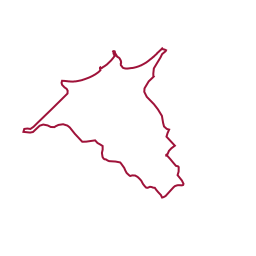 Maldonado, Maldonado, Uruguay, rotated 138°
{"feature_id": "84410073B43409820231729", "entity_name": "Maldonado", "entity_type": "district", "adm_level": 2, "iso_a3": "URY", "parent_name": "Uruguay", "parent_adm1": "Maldonado", "projection": "albers", "projection_center": [-55.013, -34.833], "detail": "fine", "context": "isolated", "style": "outline", "palette": "rose", "viewbox_px": 256, "rotation_deg": 138, "n_neighbors": 0, "source": "geoboundaries", "source_scale": "gbopen_adm2", "svg_char_len": 3990}
<svg xmlns="http://www.w3.org/2000/svg" viewBox="0 0 256 256"><g transform="rotate(138 128 128)"><path d="M49.3,164.3L51.9,164.1L52.4,164.2L53.8,164.1L54.4,164.1L55.1,164.1L55.5,164.1L55.8,164.2L56.1,164.1L56.3,164.0L57.1,163.9L57.4,163.9L57.6,163.9L57.8,163.9L58.0,163.9L60.2,163.9L60.4,163.9L60.6,163.8L60.9,163.8L61.1,163.8L61.4,163.8L61.5,163.9L61.8,163.9L62.0,163.9L62.3,163.9L62.4,164.0L62.7,164.0L63.0,163.9L63.4,163.9L63.6,163.9L64.0,164.0L64.3,164.0L64.6,164.0L64.9,164.0L65.3,164.1L67.8,164.2L70.7,164.5L73.1,165.0L75.2,165.5L76.2,165.8L76.5,165.8L77.0,166.1L77.7,166.3L78.2,166.5L78.6,166.6L81.5,167.9L82.0,168.2L82.6,168.5L83.0,168.7L83.5,169.0L84.5,169.6L85.4,170.3L85.8,170.6L86.9,171.3L87.2,171.6L87.8,171.9L88.2,172.3L88.5,172.4L88.7,172.6L88.9,172.8L89.5,173.3L89.9,173.8L90.1,173.9L90.3,174.2L90.6,174.6L91.4,175.9L91.5,176.8L91.3,177.7L91.3,179.4L90.3,180.7L89.8,180.8L89.5,181.0L89.4,181.3L89.1,181.7L88.8,182.1L88.6,182.2L88.5,182.6L88.4,182.7L88.1,183.3L88.1,184.0L87.7,185.1L87.7,186.3L87.9,186.9L88.2,187.7L88.1,188.0L88.3,188.4L88.0,189.5L87.9,190.0L88.0,190.2L87.8,190.7L87.9,190.8L87.9,191.0L87.7,191.3L87.7,191.5L87.7,191.8L87.6,192.0L87.5,192.3L87.2,192.8L87.3,192.8L87.1,193.0L86.9,193.6L87.0,193.6L87.0,193.9L87.0,194.0L87.0,194.4L87.1,194.5L87.3,194.8L87.6,194.9L87.7,194.7L87.9,194.7L87.9,194.4L88.0,194.3L88.0,194.0L87.9,193.6L88.0,193.5L88.3,193.6L88.5,193.4L88.3,193.3L88.4,193.2L88.5,193.0L88.6,192.7L88.8,192.6L89.0,192.4L89.1,192.2L89.3,191.5L89.5,191.3L89.7,190.9L89.8,190.7L89.9,190.8L90.0,190.7L90.0,190.4L92.7,189.9L95.5,189.5L98.4,189.4L101.2,189.3L104.6,189.7L105.1,189.9L105.7,190.0L106.0,190.0L106.3,190.0L106.9,190.0L107.4,190.2L107.6,190.3L107.8,190.5L108.0,190.7L108.0,190.8L107.9,190.9L107.9,191.2L107.9,191.4L107.9,191.6L108.1,191.6L108.3,191.5L108.5,191.5L108.6,191.4L108.8,191.2L109.0,191.0L109.1,190.8L109.0,190.7L108.9,190.5L109.0,190.3L109.2,190.1L109.4,190.0L109.6,189.8L109.8,189.7L109.9,189.4L110.1,189.4L111.1,189.3L112.3,189.3L112.7,189.3L113.7,189.4L115.3,189.6L116.7,189.8L117.9,190.1L118.9,190.3L119.7,190.5L121.8,191.1L123.6,191.7L125.9,192.6L126.9,193.0L128.1,193.5L129.4,194.1L129.8,194.2L130.2,194.4L130.4,194.5L130.7,194.7L131.1,194.9L131.7,195.2L132.1,195.5L133.0,196.0L134.0,196.6L135.6,197.6L136.1,198.0L136.7,198.5L137.2,198.8L137.7,199.2L138.0,199.4L138.4,199.8L138.7,200.1L139.1,200.5L140.0,201.4L140.2,201.7L140.6,202.0L140.8,202.2L141.0,202.4L141.2,202.7L141.5,203.0L141.7,203.3L142.4,204.0L142.6,204.3L142.9,204.6L143.3,205.0L143.7,205.5L143.8,205.6L144.3,206.1L144.7,206.5L145.1,206.9L145.4,207.2L147.2,206.0L148.1,204.1L148.0,200.7L147.4,198.2L147.9,196.1L149.9,194.1L173.8,193.0L191.0,192.4L197.4,192.1L201.2,192.6L203.1,194.9L205.7,196.7L206.4,196.3L208.3,195.1L203.8,190.1L201.3,188.6L192.1,188.8L188.7,187.3L186.0,183.7L184.7,180.4L182.1,177.9L180.6,177.7L177.6,176.8L173.7,174.2L171.4,170.3L170.9,167.4L171.4,159.1L171.2,148.4L168.3,145.9L160.7,140.8L160.7,137.3L159.6,134.1L158.9,131.6L161.3,128.9L164.1,126.9L166.3,123.5L166.6,121.6L166.4,120.5L165.5,119.6L164.9,117.5L164.2,116.0L159.7,111.4L156.9,107.7L156.9,106.3L157.5,100.9L158.4,98.3L159.1,95.5L158.8,92.1L158.5,90.9L156.5,89.9L154.5,87.9L153.6,85.2L153.4,82.5L153.4,80.0L154.3,76.4L154.5,73.4L154.4,71.5L153.4,70.4L151.0,69.6L149.9,68.2L149.2,66.8L148.1,65.6L148.4,63.3L148.5,60.1L148.4,56.1L148.9,54.6L149.2,53.5L147.7,52.8L145.6,52.3L143.7,52.5L137.8,53.1L133.6,53.5L131.9,53.4L129.6,52.4L128.4,51.4L127.4,50.4L126.3,49.3L125.1,48.8L124.1,49.4L123.1,52.9L122.7,59.8L119.6,61.7L116.5,65.0L116.5,66.1L117.7,67.8L117.6,71.9L117.4,76.7L117.4,80.9L118.1,81.9L117.5,82.5L115.9,82.2L112.9,83.6L109.3,83.9L105.0,83.5L105.2,95.8L102.1,97.7L98.5,99.3L99.8,101.4L100.2,105.0L98.5,108.3L94.7,114.3L93.3,121.8L92.8,128.4L93.2,138.6L91.7,144.0L89.2,146.4L81.4,148.8L74.4,149.0L74.4,149.6L72.8,151.5L68.9,155.0L63.0,156.8L56.6,158.7L53.2,160.1L48.7,159.9L47.7,160.3L48.3,161.8L49.3,163.0L49.3,164.3Z" fill="none" stroke="#9f1239" stroke-width="2"/></g></svg>